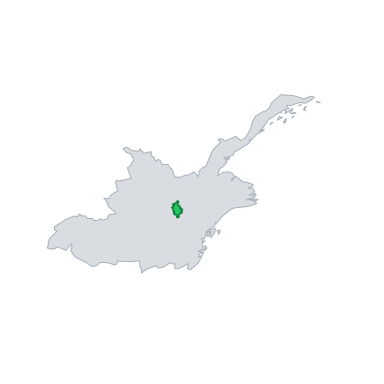 Yamethin, Mandalay, Myanmar (highlighted), rotated 244°
{"feature_id": "60261553B80519287808549", "entity_name": "Yamethin", "entity_type": "district", "adm_level": 2, "iso_a3": "MMR", "parent_name": "Myanmar", "parent_adm1": "Mandalay", "projection": "orthographic", "projection_center": [96.12, 20.484], "detail": "fine", "context": "in_parent", "style": "filled", "palette": "green", "viewbox_px": 384, "rotation_deg": 244, "n_neighbors": 0, "source": "geoboundaries", "source_scale": "gbopen_adm2", "svg_char_len": 7044}
<svg xmlns="http://www.w3.org/2000/svg" viewBox="0 0 384 384"><g transform="rotate(244 192 192)"><path d="M246.1,173.0L242.4,171.3L239.8,173.0L235.7,172.5L236.2,176.0L233.9,177.2L229.8,177.0L227.4,182.4L218.9,184.0L213.3,183.0L210.3,187.9L210.1,193.3L208.6,196.7L209.3,202.4L205.7,203.9L203.5,203.6L204.7,206.2L207.6,207.3L209.3,213.2L208.8,215.5L220.6,229.0L224.2,239.7L227.0,238.2L227.8,239.3L226.8,242.1L223.2,244.3L222.8,255.7L216.9,258.5L217.1,262.2L217.9,264.9L223.1,272.3L229.1,277.4L232.4,282.8L233.1,290.8L232.3,294.1L233.9,298.9L237.0,302.0L240.5,314.6L233.8,325.8L226.8,333.2L225.9,340.9L223.7,343.5L222.6,341.1L222.0,333.0L225.4,327.9L226.4,317.9L228.5,315.8L227.4,314.8L224.6,315.6L225.5,307.5L224.0,307.2L225.2,305.5L223.4,292.1L218.0,282.8L217.3,278.7L216.5,284.2L215.8,283.1L215.6,275.7L212.5,267.6L212.8,266.9L214.2,267.6L212.9,265.8L211.8,266.2L210.9,264.2L209.1,247.4L207.1,245.0L207.8,237.8L209.3,235.9L203.7,236.7L201.1,230.6L200.9,227.2L195.3,222.2L196.2,223.8L195.3,225.5L196.2,228.3L194.0,233.7L191.7,236.1L188.6,237.1L186.3,235.6L185.7,232.8L184.8,232.7L186.9,238.1L178.0,242.7L176.6,245.9L172.0,250.0L170.6,249.5L171.3,243.8L168.6,248.3L164.8,248.4L164.1,242.4L162.5,245.9L160.4,247.0L161.1,236.9L160.5,239.8L156.9,243.8L153.4,245.0L154.2,236.7L159.0,223.6L159.4,219.3L157.0,208.8L153.0,199.9L154.2,199.8L151.4,197.2L151.1,190.7L149.5,193.0L149.2,197.1L145.7,194.9L142.5,189.2L143.8,188.7L147.7,191.4L149.8,190.0L150.4,188.1L144.4,182.4L146.0,180.2L144.0,180.2L138.9,177.5L137.4,177.9L138.0,180.3L136.9,181.0L135.0,177.3L136.5,175.6L135.2,175.5L136.1,172.3L135.6,171.8L133.2,176.0L131.8,175.0L133.4,172.9L132.7,171.6L130.6,169.1L130.7,173.6L125.5,166.4L122.7,156.8L125.1,154.4L129.2,157.3L129.0,145.5L130.9,143.0L135.0,145.2L136.3,142.3L138.0,141.5L137.0,133.4L138.5,128.2L141.3,127.4L142.0,123.2L142.5,117.5L141.3,111.1L143.8,112.7L146.7,112.2L153.4,114.4L156.0,107.0L162.4,95.0L160.1,92.3L160.5,90.5L166.1,84.3L168.9,78.6L167.7,73.6L168.9,69.4L173.9,66.8L184.7,58.5L192.7,57.3L196.0,60.6L198.2,60.9L194.8,53.1L201.5,47.3L201.3,42.7L204.4,37.8L206.2,38.0L207.8,40.3L209.5,40.3L212.7,43.8L215.8,53.5L218.0,51.7L221.0,53.1L222.6,67.5L222.0,75.9L220.2,77.9L221.6,81.3L218.8,82.6L216.9,86.0L214.0,86.3L212.1,90.9L209.2,91.6L207.7,95.3L208.1,98.0L205.8,99.6L205.0,104.3L207.1,106.1L207.8,108.6L205.6,113.9L207.5,114.1L215.4,110.5L221.1,111.1L224.9,110.2L222.5,113.8L225.0,118.4L225.6,125.6L234.1,127.5L235.5,129.3L233.7,131.6L231.0,143.2L242.2,144.6L242.7,149.1L245.1,150.7L245.5,153.1L247.0,153.9L253.0,153.6L256.5,150.4L261.0,149.0L261.3,151.5L260.4,153.4L255.4,156.2L252.2,161.6L252.0,162.8L253.6,163.8L247.9,166.1L246.1,173.0ZM146.0,186.1L149.6,188.3L148.9,189.9L146.6,190.0L144.9,187.1L146.0,186.1ZM219.2,300.2L221.7,303.5L219.3,305.8L219.2,300.2ZM145.4,200.6L143.5,199.3L142.3,197.5L146.3,197.6L145.4,200.6ZM222.8,314.5L222.9,318.9L221.4,318.4L220.4,314.7L222.8,314.5ZM158.8,245.0L156.4,247.8L156.0,245.4L159.4,242.0L158.8,245.0ZM206.9,241.2L205.4,240.3L205.2,237.7L206.4,237.0L207.3,238.2L206.9,241.2ZM217.9,319.9L217.6,318.5L219.2,314.9L218.9,318.0L217.9,319.9ZM217.1,328.1L219.2,331.4L218.8,332.0L216.9,329.5L215.7,329.7L217.1,328.1ZM224.2,312.0L222.0,312.9L221.8,309.9L224.2,312.0ZM219.2,343.3L216.4,346.2L216.8,344.6L219.2,343.3ZM134.3,177.8L135.3,181.4L133.6,177.1L134.3,177.8ZM219.2,293.2L219.2,295.9L218.4,291.5L219.2,293.2ZM142.6,180.5L142.9,182.8L141.4,179.5L142.6,180.5ZM216.5,308.9L214.8,307.6L215.4,306.6L216.2,306.8L216.5,308.9ZM215.3,305.0L214.3,306.8L213.2,305.7L214.1,304.9L215.3,305.0ZM215.6,315.8L215.7,317.3L214.4,313.7L215.6,315.8ZM162.6,248.4L161.5,248.3L163.0,246.5L163.2,247.2L162.6,248.4ZM223.2,328.3L222.2,328.0L222.9,326.3L223.2,328.3Z" fill="#d9dde1" stroke="#a8b0b8" stroke-width="1"/><path d="M177.7,173.8L178.1,173.9L178.2,174.0L178.3,174.1L178.6,174.2L178.9,173.9L179.0,173.9L179.0,174.0L179.3,174.2L179.2,174.4L179.3,174.4L179.4,174.6L179.5,174.6L179.6,174.8L179.6,175.1L179.8,175.1L180.0,175.1L180.2,175.3L180.3,175.3L180.4,175.2L180.4,175.3L180.4,175.2L180.5,175.3L180.5,175.2L180.6,175.3L180.8,175.5L181.0,175.4L180.9,175.3L181.0,175.2L180.9,175.1L181.1,175.0L181.0,174.8L181.0,174.7L181.3,174.3L181.5,174.2L181.8,174.0L181.9,174.3L182.2,174.3L182.3,174.2L182.4,174.3L182.5,174.2L182.6,174.3L182.8,174.3L182.9,174.2L183.0,174.3L183.0,174.5L183.1,174.4L183.2,174.2L183.4,174.2L183.6,174.3L183.8,174.3L184.4,174.6L184.6,174.9L184.7,174.7L184.8,174.5L184.8,174.3L184.9,174.2L185.0,174.1L185.3,173.9L185.6,173.9L185.9,173.9L186.0,173.9L186.0,173.7L186.4,173.5L186.6,173.6L186.6,173.8L187.0,173.8L187.3,173.9L187.5,173.9L187.6,174.0L187.9,174.3L188.0,174.4L188.3,174.5L188.6,174.9L188.7,175.0L188.8,175.1L189.0,175.3L189.3,175.4L189.2,175.5L189.3,175.5L189.6,175.6L189.7,175.8L189.7,175.7L189.8,175.7L190.0,175.5L190.3,175.3L190.3,175.2L190.2,175.1L190.2,174.9L190.1,174.7L189.9,174.6L190.0,174.5L190.0,174.4L189.9,174.3L189.9,174.1L189.7,173.9L189.5,173.7L189.6,173.4L189.5,173.2L189.4,173.0L189.3,172.9L189.2,172.9L189.2,172.7L189.1,172.1L189.0,171.9L189.0,171.5L189.1,171.4L189.2,171.2L189.3,171.1L189.5,171.0L189.5,170.9L189.4,170.7L189.5,170.6L189.6,170.4L189.6,170.1L189.4,169.7L189.3,169.4L189.2,169.2L188.9,169.2L188.7,169.3L188.6,169.2L188.5,169.3L188.5,169.2L188.5,169.3L188.4,169.4L188.4,169.5L188.3,169.8L188.3,170.0L188.2,170.1L187.9,170.0L187.7,170.0L187.6,169.9L187.5,170.0L187.4,170.0L187.3,169.8L187.2,169.8L187.1,169.6L187.0,169.4L186.9,169.2L186.8,168.9L186.7,168.7L186.8,168.6L186.7,168.4L186.8,168.3L186.7,168.2L186.8,168.1L186.7,167.9L186.8,167.8L186.9,167.7L187.0,167.6L187.0,167.4L187.1,167.1L186.9,167.1L186.7,167.2L186.7,167.3L186.4,167.5L186.4,167.4L186.1,167.2L185.9,167.2L185.7,167.4L185.4,167.4L185.2,167.5L184.9,167.4L184.8,167.6L184.7,167.6L184.1,167.6L184.1,167.4L184.1,167.2L183.9,166.9L183.7,166.9L183.6,167.1L183.4,167.1L183.4,166.8L183.3,167.1L183.1,167.1L182.9,167.2L182.9,167.3L182.7,167.3L182.4,167.3L182.3,167.2L182.2,167.3L182.3,167.3L182.1,167.5L182.0,167.4L182.0,167.1L182.0,166.9L182.0,166.7L181.9,166.6L181.9,166.4L181.7,166.3L181.5,166.5L181.4,166.5L181.1,166.6L180.9,166.6L180.5,166.5L180.5,166.3L180.4,166.3L180.3,166.2L180.2,166.1L179.8,166.1L179.7,166.4L179.5,166.5L179.4,166.6L179.4,166.8L179.2,166.9L179.1,167.0L178.9,167.1L178.8,167.4L178.7,167.4L178.5,167.5L178.4,167.7L178.4,167.8L178.3,168.0L178.2,168.1L177.8,168.2L177.7,168.1L177.8,168.0L177.7,168.0L177.5,167.9L177.4,167.9L177.2,167.8L177.2,167.7L176.9,167.7L176.6,167.8L176.4,167.8L176.4,167.7L176.2,167.7L175.9,167.5L175.9,167.3L175.6,167.4L175.5,167.6L175.4,167.8L175.5,167.9L175.4,167.9L175.4,168.1L175.4,168.3L175.4,168.5L175.2,168.6L175.1,168.9L175.2,169.0L175.2,169.3L175.4,169.4L175.5,169.4L175.6,169.5L175.8,169.7L176.1,169.6L176.4,169.7L176.6,169.7L176.8,169.9L176.8,170.0L177.0,170.1L177.3,170.5L177.3,170.8L177.6,171.1L177.6,171.3L177.5,171.5L177.6,171.8L177.7,172.0L177.8,172.3L178.0,172.5L177.9,172.6L178.0,172.7L178.0,172.9L178.0,173.0L177.8,173.1L177.7,173.2L177.6,173.3L177.6,173.5L177.7,173.8Z" fill="#22c55e" stroke="#15803d" stroke-width="1.5"/></g></svg>